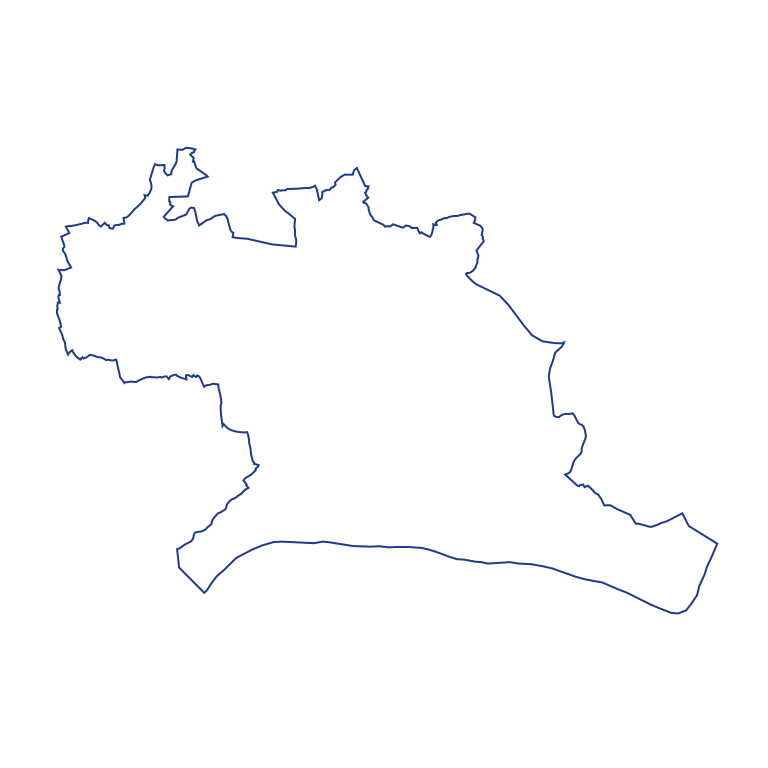 the district of Aguata, Anambra, Nigeria, rotated 356°
{"feature_id": "59680162B7486965108625", "entity_name": "Aguata", "entity_type": "district", "adm_level": 2, "iso_a3": "NGA", "parent_name": "Nigeria", "parent_adm1": "Anambra", "projection": "orthographic", "projection_center": [7.074, 5.98], "detail": "fine", "context": "isolated", "style": "outline", "palette": "blue", "viewbox_px": 768, "rotation_deg": 356, "n_neighbors": 0, "source": "geoboundaries", "source_scale": "gbopen_adm2", "svg_char_len": 6110}
<svg xmlns="http://www.w3.org/2000/svg" viewBox="0 0 768 768"><g transform="rotate(356 384 384)"><path d="M190.1,579.8L193.0,577.4L198.4,570.2L203.9,564.0L211.0,558.7L224.5,547.2L240.6,540.1L251.3,536.5L262.9,534.0L270.9,534.1L302.9,537.9L311.8,537.0L318.0,538.0L341.9,543.5L359.7,545.4L367.7,545.5L377.5,547.3L383.7,547.4L397.9,548.4L410.3,550.2L416.5,552.1L423.6,554.8L437.7,561.2L444.8,563.9L451.9,564.8L462.6,567.6L468.8,568.5L475.0,570.4L497.2,570.5L505.2,572.4L519.4,574.2L530.0,577.0L538.9,579.7L561.9,589.7L569.8,592.5L579.6,595.2L587.6,597.1L605.2,606.1L611.4,608.9L634.4,622.5L643.2,627.0L654.7,632.4L661.8,633.4L669.8,630.7L675.3,624.5L681.6,616.5L684.4,607.6L690.7,596.0L693.5,588.8L698.9,579.0L705.3,566.5L678.2,547.0L672.5,533.8L656.8,540.6L651.1,541.9L646.5,543.7L641.2,545.1L638.9,544.9L629.3,541.5L627.2,540.9L625.5,541.0L620.5,531.7L608.2,525.3L601.1,520.7L595.3,520.5L592.5,513.5L590.0,509.2L587.0,507.5L584.4,504.0L580.3,499.6L576.8,500.9L575.7,498.2L572.4,498.5L571.5,499.4L569.9,499.0L558.4,487.0L562.1,485.8L563.1,485.1L564.3,483.6L567.8,474.9L569.7,472.1L575.2,467.3L576.4,465.2L576.8,461.6L581.4,451.7L581.8,449.6L581.2,444.0L579.9,440.1L578.7,438.8L576.5,437.6L575.0,436.5L571.9,429.0L570.1,426.4L566.9,426.8L562.2,426.5L559.1,427.4L556.6,429.0L553.8,429.0L551.2,427.5L550.2,404.0L548.9,388.0L550.7,380.2L554.0,372.8L557.0,364.6L564.0,359.1L565.6,356.9L566.5,355.0L564.1,355.8L557.7,355.2L545.3,352.6L535.0,345.7L527.4,335.1L513.8,314.0L505.7,304.0L483.2,291.1L479.5,287.8L475.0,282.7L473.4,279.9L474.2,279.1L477.4,279.1L480.6,277.3L483.2,274.5L485.7,269.0L486.0,266.0L486.8,264.1L487.1,262.0L485.5,257.4L493.5,248.5L492.5,245.6L492.9,244.7L492.8,243.7L491.8,242.0L493.2,237.5L493.2,236.1L492.7,235.1L491.2,232.9L484.8,229.5L486.2,226.8L486.8,224.1L481.1,219.9L471.7,220.8L469.5,221.5L465.2,221.3L461.1,221.7L458.1,223.0L457.2,222.7L454.8,223.0L451.8,224.2L449.1,224.8L447.0,226.6L447.8,229.0L447.5,229.3L444.3,228.1L444.2,231.6L443.2,233.7L443.1,235.0L441.7,238.4L440.2,240.3L439.3,240.2L434.0,236.9L432.0,235.2L430.5,236.4L429.1,233.9L428.1,230.6L422.5,230.3L420.8,228.5L416.9,227.4L413.9,229.4L404.1,225.3L400.9,227.4L398.7,226.7L395.9,227.1L394.5,225.1L385.4,220.1L383.9,216.7L382.1,214.1L380.9,209.0L380.9,206.6L378.6,202.5L376.5,201.7L375.9,200.9L381.3,197.0L379.4,194.5L378.5,191.8L379.6,191.1L380.3,189.1L381.5,188.4L381.5,187.5L382.4,185.8L379.0,185.2L372.0,166.6L369.1,168.7L367.3,173.0L359.2,172.4L354.6,174.9L349.1,179.6L349.6,182.0L346.7,184.4L345.5,184.2L343.5,186.5L339.4,186.5L338.1,187.6L336.5,187.6L335.7,188.4L335.8,190.5L334.7,194.6L332.1,196.1L330.6,185.0L329.4,182.8L329.1,181.4L327.5,182.2L322.7,183.4L320.2,183.0L310.4,183.1L301.0,182.7L299.5,183.7L298.5,183.9L295.8,183.7L294.5,184.0L291.7,183.1L290.8,184.8L286.5,185.4L291.7,197.3L297.2,204.3L302.2,208.6L306.8,213.2L305.6,220.5L306.0,224.9L305.5,229.0L306.4,233.6L306.3,236.4L305.5,240.8L281.9,236.9L257.9,229.6L247.7,228.1L243.2,227.0L244.3,222.7L242.7,221.6L241.6,219.6L240.1,212.8L239.7,209.2L238.1,205.1L237.0,204.5L236.3,203.3L227.9,204.4L225.8,205.2L222.5,207.3L218.4,208.3L210.7,212.9L209.0,208.6L207.8,199.2L206.7,195.1L203.7,194.6L201.8,195.9L198.4,201.2L189.4,204.0L188.7,204.8L187.0,205.6L179.6,205.7L176.9,203.4L176.0,201.7L186.0,192.1L183.7,190.8L183.0,189.9L183.6,187.8L183.5,187.5L182.4,186.8L183.0,182.5L201.5,183.2L206.2,169.7L210.2,167.8L222.6,164.8L221.0,163.0L212.1,155.9L211.5,154.8L210.2,148.8L208.9,148.8L210.0,145.2L206.8,142.0L206.7,141.6L208.5,140.2L210.5,139.5L210.6,138.6L212.2,136.8L208.9,135.6L203.0,134.6L199.3,136.3L194.3,135.7L192.6,147.7L191.3,150.2L187.1,156.3L186.3,159.9L182.7,160.8L180.6,158.5L179.4,155.7L180.3,153.6L180.1,150.2L173.8,150.2L170.9,148.6L169.3,151.8L164.7,163.8L165.7,167.9L165.9,170.3L165.4,173.4L163.6,176.7L161.4,179.7L158.3,178.9L158.9,181.7L153.4,187.5L147.4,192.2L141.1,198.4L138.6,199.9L135.8,200.1L136.2,205.9L133.8,205.9L131.0,206.7L126.1,207.0L124.5,210.0L123.2,210.0L120.9,209.1L120.5,206.5L118.6,206.2L116.7,203.7L112.6,207.2L110.6,205.7L109.2,203.1L106.6,200.8L101.2,197.9L100.3,200.4L100.0,202.6L97.6,202.3L88.0,204.0L81.7,204.7L81.0,204.3L77.6,204.9L80.6,211.4L72.3,214.6L74.7,223.3L74.6,225.3L73.8,225.8L73.0,227.0L73.0,228.6L75.2,232.3L77.0,239.9L80.0,245.9L73.4,248.1L70.0,247.9L67.2,247.3L69.8,253.8L68.9,257.8L67.7,260.1L66.1,265.6L66.2,267.6L67.0,268.9L66.7,271.0L67.0,272.5L65.6,272.9L65.2,273.9L65.6,277.2L66.4,280.3L64.3,280.0L63.5,283.8L63.7,286.4L63.0,286.9L62.7,290.6L64.8,297.6L66.0,304.1L63.8,305.5L66.4,312.4L67.1,316.7L68.6,320.2L68.9,327.0L70.9,332.6L72.5,330.5L75.3,328.5L76.0,330.5L78.4,334.4L80.1,336.3L82.7,338.5L83.3,338.3L83.9,337.1L85.1,336.3L86.0,337.6L89.2,336.6L92.5,334.5L95.8,335.2L100.0,337.1L103.2,337.7L106.4,339.2L108.2,340.7L110.7,340.6L114.6,341.7L118.6,340.9L121.3,359.0L125.1,364.8L125.6,364.1L128.0,364.4L130.9,363.9L137.0,364.7L140.9,362.8L147.0,360.8L151.6,360.5L152.7,361.1L155.3,361.2L158.2,361.7L161.4,361.4L162.0,362.0L166.5,361.1L167.6,361.3L169.7,364.1L171.5,361.5L175.1,360.3L177.4,360.3L177.8,361.2L181.5,363.4L187.3,365.6L187.0,362.4L187.3,361.3L189.3,361.5L193.1,363.6L194.6,361.8L196.7,363.9L197.9,363.4L198.0,362.8L198.8,362.5L200.5,364.1L201.1,365.3L204.3,374.2L206.9,372.8L210.3,372.7L213.0,371.8L218.6,372.8L218.7,376.3L220.1,384.7L220.5,391.5L219.6,393.8L219.3,399.0L219.4,405.3L220.0,414.5L221.2,412.8L223.9,416.1L226.1,418.1L228.8,419.6L234.4,421.5L241.1,422.6L244.1,422.5L244.8,425.0L245.5,430.6L245.4,433.7L246.3,438.6L246.5,444.7L247.6,451.5L249.2,453.9L248.7,454.6L253.3,456.1L252.5,457.6L250.0,459.5L250.2,460.8L248.0,462.8L245.0,465.3L240.9,467.2L238.4,468.8L237.1,470.6L238.6,472.5L240.0,475.0L239.6,475.4L239.9,476.1L241.6,478.2L238.6,479.5L237.0,480.6L233.9,483.6L230.2,485.5L229.1,486.5L227.0,487.6L224.5,488.4L222.5,489.5L220.8,491.0L218.5,493.9L217.8,497.0L216.1,498.6L213.8,499.6L212.5,500.5L209.9,501.1L208.2,502.4L203.6,507.3L202.0,511.8L198.2,514.4L195.8,516.7L191.6,518.4L186.7,518.6L185.3,519.1L183.8,520.8L183.3,523.5L182.1,525.9L180.5,527.5L173.3,530.7L169.0,533.5L166.1,534.3L166.8,552.8L190.1,579.8Z" fill="none" stroke="#1e3a8a" stroke-width="2"/></g></svg>